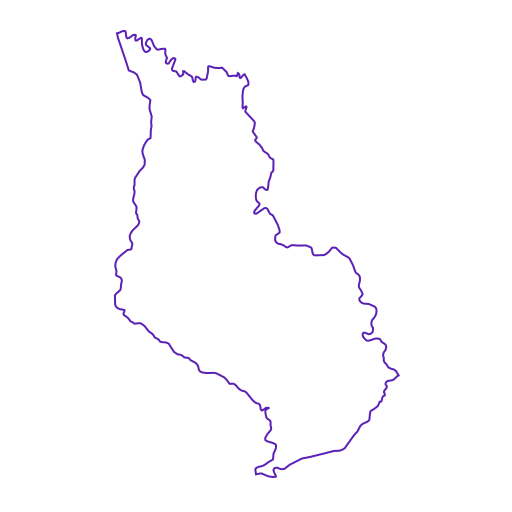 the district of Bu Dop, Bình Phước, Vietnam, rotated 272°
{"feature_id": "81297802B5857215594058", "entity_name": "Bu Dop", "entity_type": "district", "adm_level": 2, "iso_a3": "VNM", "parent_name": "Vietnam", "parent_adm1": "Bình Phước", "projection": "albers", "projection_center": [106.839, 11.984], "detail": "fine", "context": "isolated", "style": "outline", "palette": "violet", "viewbox_px": 512, "rotation_deg": 272, "n_neighbors": 0, "source": "geoboundaries", "source_scale": "gbopen_adm2", "svg_char_len": 6105}
<svg xmlns="http://www.w3.org/2000/svg" viewBox="0 0 512 512"><g transform="rotate(272 256 256)"><path d="M141.6,402.7L145.7,400.1L147.4,397.8L148.2,394.4L149.5,392.0L152.1,390.3L154.2,388.2L155.9,387.3L158.3,387.3L160.7,386.6L162.5,386.5L164.3,387.2L166.7,388.7L169.4,389.4L171.4,388.9L172.9,387.4L174.5,384.5L177.2,382.9L177.8,380.7L177.6,377.9L175.8,373.3L175.1,370.8L175.8,368.8L178.9,365.9L181.2,365.3L182.4,365.5L183.2,366.6L182.9,368.4L181.8,371.2L182.2,373.1L183.3,374.6L184.5,375.3L186.8,375.6L188.6,375.3L190.1,374.1L192.2,373.6L194.3,373.8L196.1,374.3L198.0,376.0L200.5,377.4L202.5,378.1L204.8,378.4L206.8,378.2L208.6,377.4L209.6,376.3L212.0,370.3L212.2,365.3L212.9,363.3L214.3,361.7L215.6,360.8L216.9,360.7L217.7,361.1L219.8,362.9L221.3,363.8L222.1,363.7L224.3,362.7L228.2,360.1L229.7,359.7L235.0,360.7L237.8,360.7L239.8,360.0L241.1,358.9L242.5,356.7L243.7,355.8L250.1,353.3L256.6,349.7L257.7,348.5L260.5,343.0L262.1,340.8L266.8,335.8L267.1,334.7L267.1,332.3L266.5,331.4L264.4,329.9L262.2,328.1L260.3,325.7L259.3,324.0L258.7,314.9L259.0,313.7L260.2,312.7L265.7,311.3L266.6,310.3L268.3,305.8L267.9,298.1L268.1,292.5L268.0,291.0L265.8,287.5L265.7,286.7L266.1,285.4L267.2,283.9L268.6,280.7L269.0,278.0L269.7,276.5L270.9,275.3L272.9,274.5L276.2,274.6L277.5,275.1L280.1,278.7L281.3,278.8L283.1,278.5L288.0,276.6L297.1,271.5L298.8,268.4L303.4,265.8L304.4,264.2L304.0,262.5L298.3,254.9L298.4,253.1L299.2,252.6L301.1,253.0L306.6,257.3L307.4,257.7L308.0,257.7L309.2,257.0L310.6,255.2L312.3,254.2L315.2,253.7L318.7,253.8L321.9,254.7L323.3,256.0L324.6,257.8L325.0,259.9L324.8,260.8L323.3,262.3L322.4,263.8L322.6,265.2L324.1,265.6L330.6,266.1L335.4,267.6L339.9,268.5L341.0,269.8L342.0,270.3L351.2,270.2L353.0,269.8L353.5,269.2L354.2,267.3L355.3,266.2L357.8,264.7L358.6,264.0L361.1,259.9L364.5,258.0L367.3,255.7L369.8,252.5L371.1,251.3L371.6,251.1L372.4,251.4L374.0,252.6L375.0,252.4L380.1,248.5L380.7,248.4L382.7,249.2L385.8,249.9L389.1,250.2L390.8,249.3L399.8,240.3L400.9,240.3L404.0,241.3L404.9,241.2L405.1,240.5L403.2,237.8L404.1,237.3L408.5,237.4L414.9,236.9L419.3,237.1L422.4,237.6L424.2,238.5L425.2,239.5L426.5,242.2L428.3,242.5L430.3,242.1L433.9,240.3L437.2,238.3L436.8,237.3L433.5,234.7L433.3,234.0L433.9,233.4L436.7,233.0L437.8,232.2L438.2,231.5L435.1,230.5L435.5,227.5L434.8,224.0L434.8,222.5L435.7,221.6L438.8,220.2L443.0,215.6L442.5,212.1L442.6,208.3L444.0,203.1L443.9,202.0L443.3,201.5L438.9,201.7L431.8,200.5L430.6,199.8L430.3,195.8L430.6,194.7L432.6,192.1L433.1,190.2L432.7,189.6L428.3,189.1L428.0,188.6L427.8,187.6L429.3,186.7L431.5,186.3L433.2,185.5L435.2,181.7L438.2,177.7L438.1,176.7L435.0,177.0L432.9,174.5L432.9,173.3L437.6,169.9L438.2,166.5L439.0,165.7L440.4,165.5L449.0,168.4L449.9,168.6L450.6,168.1L450.9,166.4L450.0,165.2L448.9,164.1L445.4,162.0L445.1,160.8L445.5,159.6L446.8,159.0L449.3,159.6L450.8,160.2L453.8,158.6L455.7,158.2L459.3,158.2L459.9,157.8L460.0,157.1L459.6,153.9L458.9,151.7L458.9,149.8L462.2,146.8L468.0,144.2L469.3,142.8L469.4,142.0L469.2,141.2L468.0,139.8L465.5,138.6L463.8,138.5L463.1,138.8L460.6,142.1L459.8,142.9L459.2,143.0L457.5,142.0L456.3,140.2L456.0,139.0L456.4,137.9L457.8,136.6L460.7,135.4L463.6,134.7L469.5,134.3L470.1,133.5L467.3,129.5L467.0,128.6L467.3,128.1L468.8,127.7L472.2,128.2L472.7,127.9L472.7,125.7L469.7,121.8L469.0,120.0L469.6,119.1L472.0,118.4L474.6,118.1L476.0,117.6L476.3,116.8L476.2,115.5L475.7,113.9L474.0,110.7L473.8,109.3L469.3,110.4L448.3,118.4L437.0,122.4L435.2,127.6L433.1,130.7L425.5,134.1L415.5,136.2L412.8,137.7L410.1,142.9L408.1,145.0L403.1,144.4L399.3,144.4L391.8,146.9L386.1,146.5L382.2,147.1L378.3,146.5L370.2,146.5L368.5,143.7L365.7,141.9L362.8,140.3L358.1,138.9L356.8,138.8L354.2,139.2L348.2,141.5L343.4,141.5L340.5,140.0L336.9,136.7L329.5,132.2L327.7,132.0L322.4,132.1L320.8,131.5L318.8,131.5L316.5,132.4L313.7,132.3L309.4,131.3L307.2,131.2L305.8,131.6L302.3,134.1L300.5,135.0L294.6,134.6L293.0,135.9L289.3,136.5L286.9,138.1L285.2,138.1L282.8,137.1L277.2,131.7L274.3,130.0L271.8,129.1L268.6,129.4L266.3,130.5L264.9,131.7L262.9,132.0L261.1,131.5L258.8,131.3L258.0,130.2L257.5,127.3L251.7,120.6L248.1,117.3L244.3,115.9L240.8,115.7L236.0,117.1L232.1,116.8L231.6,117.2L229.8,121.2L228.0,122.5L226.8,122.8L222.2,122.1L219.0,122.0L217.0,121.4L213.4,117.5L211.7,116.4L202.5,116.9L200.4,117.9L199.2,119.4L198.3,121.2L197.4,126.4L195.9,126.3L193.6,125.5L192.2,126.2L191.0,128.4L189.1,130.7L186.3,132.9L185.7,134.6L184.1,136.9L184.8,141.6L184.7,143.3L182.2,147.0L176.8,151.6L174.6,155.1L172.6,156.8L171.2,157.5L169.2,161.5L166.9,163.4L166.6,165.0L166.5,168.9L165.4,171.8L157.5,177.2L155.1,180.8L154.9,181.3L154.9,183.1L154.0,185.7L152.1,187.9L151.8,192.1L149.7,194.1L147.1,199.3L145.3,201.2L143.2,202.2L140.5,202.8L138.7,204.1L137.7,206.5L137.3,211.4L137.8,218.4L137.5,220.1L135.6,224.3L133.5,228.6L131.5,230.8L127.4,234.0L127.3,235.1L127.6,236.8L127.4,238.3L126.6,239.8L122.2,244.1L120.6,247.4L120.5,249.0L119.4,251.0L111.5,257.9L109.2,260.9L108.4,263.9L107.4,265.0L105.8,265.6L103.2,266.0L101.9,267.0L101.9,267.7L104.6,271.4L104.7,273.9L104.5,274.0L102.8,271.2L101.8,270.8L99.3,270.9L95.3,271.9L93.8,273.0L92.5,275.2L91.6,276.1L90.5,276.4L87.6,276.4L84.8,277.1L83.4,277.2L81.8,276.3L78.6,273.7L74.6,271.6L73.4,271.6L72.2,271.9L71.8,272.6L71.1,274.1L69.7,279.5L68.7,281.8L67.6,282.6L64.5,282.6L59.0,280.4L53.3,280.1L50.2,275.3L48.1,272.7L46.4,269.9L45.4,266.0L44.3,263.8L43.5,263.1L42.5,262.8L37.8,263.6L38.8,267.8L38.8,269.5L37.0,273.8L36.1,276.9L35.7,280.4L36.1,283.5L36.8,283.6L39.7,282.0L42.6,280.9L44.0,281.4L44.9,282.5L45.2,284.7L44.3,286.8L43.8,288.7L44.1,291.1L44.4,292.0L48.6,297.0L55.2,308.9L57.3,318.0L64.0,341.2L64.2,345.9L65.6,349.3L67.0,351.4L80.5,360.3L84.0,363.4L89.8,366.2L91.3,367.6L92.4,369.2L94.0,372.6L95.3,374.4L96.2,375.0L103.8,375.5L105.2,376.2L107.0,379.0L109.3,381.9L110.6,383.1L114.7,384.8L114.8,386.0L115.8,386.7L118.9,387.2L119.9,387.6L120.7,388.5L121.0,389.5L122.4,389.6L124.5,388.6L125.7,388.9L128.9,391.1L130.1,391.3L131.1,391.0L131.8,390.2L132.6,389.9L133.7,390.1L135.0,390.9L135.7,392.1L136.6,396.5L137.4,398.0L141.0,401.6L141.6,402.7Z" fill="none" stroke="#5b21b6" stroke-width="2"/></g></svg>